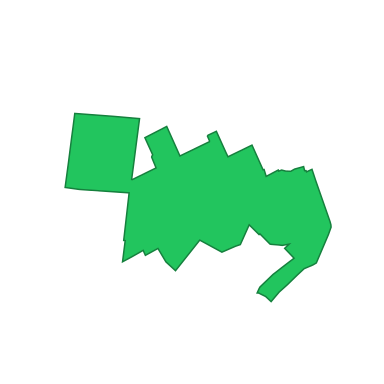 outline of Traian, Teleorman, Romania, rotated 313°
{"feature_id": "2599482B68031069657240", "entity_name": "Traian", "entity_type": "district", "adm_level": 2, "iso_a3": "ROU", "parent_name": "Romania", "parent_adm1": "Teleorman", "projection": "equal_earth", "projection_center": [24.993, 43.785], "detail": "fine", "context": "isolated", "style": "filled", "palette": "green", "viewbox_px": 384, "rotation_deg": 313, "n_neighbors": 0, "source": "geoboundaries", "source_scale": "gbopen_adm2", "svg_char_len": 1314}
<svg xmlns="http://www.w3.org/2000/svg" viewBox="0 0 384 384"><g transform="rotate(313 192 192)"><path d="M165.8,324.6L178.4,324.0L189.5,325.0L191.7,325.1L202.5,325.6L212.4,326.3L221.2,330.2L224.9,331.3L253.9,320.8L261.1,317.7L262.7,316.0L264.4,313.3L284.8,274.5L290.4,264.3L284.8,262.0L285.4,260.8L284.4,259.8L286.7,256.3L278.7,251.4L274.5,250.1L271.2,246.3L269.2,242.6L266.4,241.2L266.9,240.1L254.0,235.6L257.6,229.4L256.7,228.8L267.2,203.9L242.3,194.3L244.1,189.7L247.6,181.3L253.0,168.4L250.7,167.5L244.5,165.0L243.4,165.2L241.3,170.0L240.6,170.4L210.1,158.6L213.7,150.1L222.7,128.8L199.6,120.5L192.8,136.9L192.5,137.7L191.9,138.1L190.9,138.2L190.0,138.7L185.1,149.3L160.4,139.9L160.0,139.3L171.2,131.3L189.6,118.1L209.9,103.6L205.5,98.0L194.1,83.4L169.5,52.7L158.1,60.9L149.1,67.3L138.0,75.3L129.1,81.7L108.8,96.1L117.0,107.8L148.5,146.6L110.0,175.1L110.9,176.3L93.6,188.8L103.3,192.1L116.0,196.1L113.9,201.1L127.5,205.6L123.1,220.6L123.2,233.6L162.1,230.5L168.4,254.9L182.0,260.8L186.5,263.2L190.9,261.7L207.0,256.2L206.8,263.1L206.6,270.1L207.7,270.2L207.1,284.6L207.8,285.7L212.4,291.5L214.5,294.4L220.1,298.6L214.0,298.2L213.2,311.8L197.7,309.2L191.2,308.2L187.1,307.5L168.9,306.5L167.0,307.0L162.6,308.5L163.5,309.5L165.8,317.1L165.8,324.6Z" fill="#22c55e" stroke="#15803d" stroke-width="1.5"/></g></svg>